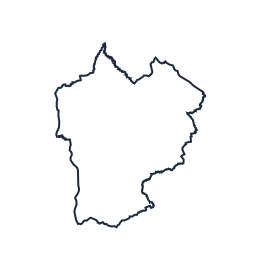 outline of Khok Charoen, Lop Buri, Thailand, rotated 67°
{"feature_id": "78962969B49481349278352", "entity_name": "Khok Charoen", "entity_type": "district", "adm_level": 2, "iso_a3": "THA", "parent_name": "Thailand", "parent_adm1": "Lop Buri", "projection": "mercator", "projection_center": [100.85, 15.427], "detail": "fine", "context": "isolated", "style": "outline", "palette": "slate", "viewbox_px": 256, "rotation_deg": 67, "n_neighbors": 0, "source": "geoboundaries", "source_scale": "gbopen_adm2", "svg_char_len": 5830}
<svg xmlns="http://www.w3.org/2000/svg" viewBox="0 0 256 256"><g transform="rotate(67 128 128)"><path d="M210.7,183.6L212.4,181.2L213.0,179.0L214.8,177.4L213.5,175.4L213.3,173.7L212.2,172.5L210.7,169.7L211.7,167.5L211.6,162.8L210.9,161.3L210.1,160.9L211.2,158.6L210.6,156.5L211.0,154.0L211.4,153.8L209.7,151.3L210.2,150.7L209.7,149.4L210.1,148.5L209.8,148.4L210.0,147.5L209.7,147.2L209.9,146.3L210.5,145.6L210.8,144.0L210.4,143.2L208.2,143.1L208.1,141.3L208.3,138.1L210.6,138.0L210.6,135.6L210.0,135.3L209.8,134.8L209.4,134.4L208.1,134.9L207.6,134.4L206.3,135.1L205.7,134.9L204.8,136.3L205.0,136.9L204.2,136.7L201.8,137.5L199.8,137.1L199.6,137.4L198.2,137.7L197.8,137.1L196.9,137.0L195.2,138.5L194.2,138.9L194.3,139.4L193.9,139.9L193.4,139.8L193.2,140.0L191.9,139.9L191.5,139.5L190.3,139.2L190.1,138.6L189.0,138.2L187.9,137.2L187.1,137.3L187.0,137.0L186.5,136.9L185.8,137.3L185.4,136.7L184.4,136.2L183.8,135.6L184.0,135.2L183.4,135.0L183.0,134.0L183.3,133.8L183.0,132.9L183.4,132.5L183.0,132.0L183.5,131.7L183.1,131.1L183.4,131.0L183.5,130.2L183.1,129.7L183.5,129.2L183.0,129.0L183.4,128.1L183.2,127.5L182.3,127.0L180.3,124.4L179.4,124.5L180.3,121.5L180.2,120.4L179.4,119.7L180.0,119.4L179.7,118.3L180.2,118.0L180.0,117.4L180.4,117.4L180.3,116.8L181.2,116.3L180.7,116.0L181.0,115.5L180.9,114.0L181.4,113.6L181.8,113.7L181.6,113.3L181.8,112.5L180.9,109.9L181.4,109.0L181.1,108.3L181.6,107.5L181.2,106.7L181.8,106.4L182.3,105.6L182.3,105.1L183.7,104.8L184.1,104.0L183.2,102.4L183.2,101.7L182.7,101.4L182.8,100.9L181.7,100.3L181.7,99.3L181.1,98.5L181.1,96.9L180.5,96.0L180.8,95.7L180.6,95.1L181.3,94.5L181.0,93.7L182.1,92.0L182.1,90.8L178.8,89.1L174.9,90.1L174.3,88.3L174.3,86.3L169.2,86.4L167.5,85.5L165.8,82.2L165.6,81.0L164.4,80.9L164.5,78.3L165.2,75.4L160.4,73.8L160.6,72.7L157.9,72.2L159.0,68.3L158.4,67.2L157.6,67.6L157.6,66.9L156.6,66.7L156.7,66.4L156.1,66.0L156.3,65.5L154.7,65.9L154.4,65.6L153.2,66.1L152.0,66.1L151.8,65.6L150.7,65.9L145.8,65.1L144.1,65.8L142.7,65.7L142.4,66.3L141.5,66.3L138.1,67.8L137.9,67.6L137.3,67.6L138.0,66.8L138.0,65.8L138.4,65.8L138.1,64.3L138.5,63.8L138.9,64.0L139.3,63.6L139.4,63.1L139.0,61.9L139.2,61.5L138.6,60.8L138.6,59.8L138.2,59.7L138.5,59.4L138.1,58.7L138.4,58.6L137.8,58.3L137.6,57.5L137.7,56.8L138.4,55.6L137.9,54.7L138.3,54.2L137.7,53.7L137.7,53.4L136.6,52.0L135.4,53.1L134.6,52.8L134.2,52.3L134.3,51.6L133.6,51.3L132.9,49.2L132.1,48.9L131.9,48.2L131.0,48.1L130.9,47.6L129.5,46.7L129.2,47.0L128.9,46.7L128.7,46.2L129.1,45.3L129.0,44.6L128.2,44.3L126.8,45.2L125.9,44.9L125.8,45.4L125.3,45.1L125.2,45.5L124.7,45.2L125.0,44.9L124.3,44.8L115.0,51.0L109.7,53.3L100.4,60.1L98.2,60.6L95.0,60.1L93.6,61.7L91.8,62.4L89.2,62.1L87.9,62.3L85.5,65.4L84.1,66.2L83.0,67.2L81.3,67.5L81.3,68.1L82.2,69.2L81.6,70.0L82.0,71.0L81.8,71.6L79.5,73.5L74.0,75.1L74.6,76.4L77.2,78.8L76.8,80.3L78.1,82.3L85.8,83.7L86.5,84.1L87.5,85.5L87.4,85.9L87.9,86.6L87.7,87.0L88.6,88.7L87.2,90.0L85.9,92.7L86.6,94.2L87.6,99.0L87.3,100.6L89.2,103.9L89.0,104.5L89.3,104.8L88.0,105.5L88.0,105.9L86.1,106.4L85.8,106.8L84.7,106.6L83.6,107.3L83.3,106.6L83.0,107.4L82.2,107.2L81.5,107.9L81.0,108.7L81.0,109.1L79.4,109.1L79.4,108.6L79.0,108.4L78.5,108.5L78.0,109.2L77.9,108.5L77.3,109.0L75.7,108.7L75.0,109.1L75.0,109.8L74.5,110.0L74.3,110.8L73.8,110.9L73.9,111.4L73.1,111.3L73.0,111.8L72.4,111.9L72.0,112.9L70.9,112.7L70.4,113.6L70.0,113.1L69.7,114.0L69.1,113.6L67.6,113.9L66.9,114.7L67.1,115.3L66.7,115.7L66.1,115.3L65.1,115.7L65.0,115.2L64.3,115.1L63.6,115.5L63.8,115.0L63.4,115.0L63.4,114.7L61.9,114.0L61.0,114.2L60.7,114.7L60.4,115.4L61.1,115.5L60.8,116.2L59.5,116.1L59.5,114.9L58.4,115.2L58.6,115.6L57.0,115.4L56.9,115.9L56.4,116.1L56.7,116.5L56.0,116.5L56.3,116.1L56.0,116.0L55.5,116.6L55.8,117.0L55.2,117.6L55.6,117.9L54.3,118.1L54.5,118.5L54.2,118.5L54.1,119.0L53.0,119.2L52.5,120.0L51.4,119.3L50.8,119.4L50.9,119.8L50.2,119.8L49.9,120.4L49.5,119.9L49.1,120.2L48.9,119.8L48.4,120.1L47.9,120.0L47.3,119.6L47.3,118.7L45.9,118.5L45.4,117.5L44.9,117.5L44.9,117.2L44.0,116.9L43.5,117.6L43.3,117.4L42.9,117.5L42.4,116.5L41.2,116.2L41.5,116.9L41.2,117.3L41.5,118.2L43.6,119.2L44.0,120.9L45.7,121.7L46.0,123.5L47.4,124.5L47.7,125.3L48.3,125.6L48.1,126.1L48.6,126.1L49.0,127.5L50.1,127.9L50.3,128.4L50.0,129.0L50.7,130.1L51.3,129.9L51.5,130.5L52.4,130.7L52.5,131.1L53.4,131.9L56.0,133.6L55.8,134.0L56.7,134.4L57.1,135.1L58.3,135.3L58.9,136.0L60.4,135.7L60.8,136.1L60.7,136.4L61.1,136.6L61.4,137.6L62.5,137.7L63.4,138.3L62.7,141.9L63.2,142.5L63.5,145.4L62.8,147.8L61.4,151.0L61.3,151.9L65.6,152.8L64.7,156.8L65.2,157.9L65.2,159.3L64.2,161.1L65.2,161.4L65.1,161.9L65.6,161.9L65.3,163.0L65.5,163.0L65.8,164.1L66.5,164.1L66.4,166.1L66.0,166.2L64.9,169.0L63.5,168.6L62.9,170.0L62.9,170.9L63.7,172.3L64.1,172.3L64.7,174.1L63.9,176.5L67.7,181.5L74.1,181.9L76.7,183.8L78.2,184.1L79.7,185.1L84.0,185.9L84.7,185.0L89.2,187.2L94.9,188.6L100.5,191.3L104.0,195.1L105.8,196.5L106.4,196.6L108.3,196.8L108.4,195.4L108.9,195.3L108.7,194.6L109.5,194.6L109.7,193.7L109.2,193.5L109.6,193.0L109.1,193.0L109.1,192.2L108.8,192.0L109.1,191.5L109.4,191.8L110.6,191.9L110.7,191.5L110.9,191.6L111.0,191.1L111.6,190.8L112.3,190.7L112.4,191.3L113.6,190.4L114.2,190.4L114.6,189.5L114.1,189.2L114.9,188.9L115.9,186.0L121.1,187.2L122.3,188.4L125.6,190.4L128.4,189.6L130.1,189.9L131.1,190.5L132.8,192.5L135.3,193.4L140.2,192.4L144.4,190.4L147.1,190.5L161.5,196.2L165.1,196.9L166.9,198.0L168.8,199.9L171.4,203.8L172.5,204.1L174.7,203.9L178.6,205.4L181.3,208.1L183.9,210.0L192.2,211.7L196.7,211.5L196.7,210.8L198.1,209.0L197.9,207.6L196.3,204.9L196.3,203.8L197.1,202.2L196.0,198.3L196.0,197.4L199.6,193.9L201.6,192.6L202.9,192.9L203.0,192.5L204.0,192.3L204.9,191.6L205.0,191.1L204.6,190.5L204.9,189.9L204.7,188.3L205.0,187.8L206.5,187.6L206.9,187.0L207.2,187.1L207.9,186.1L207.9,185.3L209.5,184.7L210.7,183.6Z" fill="none" stroke="#1e293b" stroke-width="2"/></g></svg>